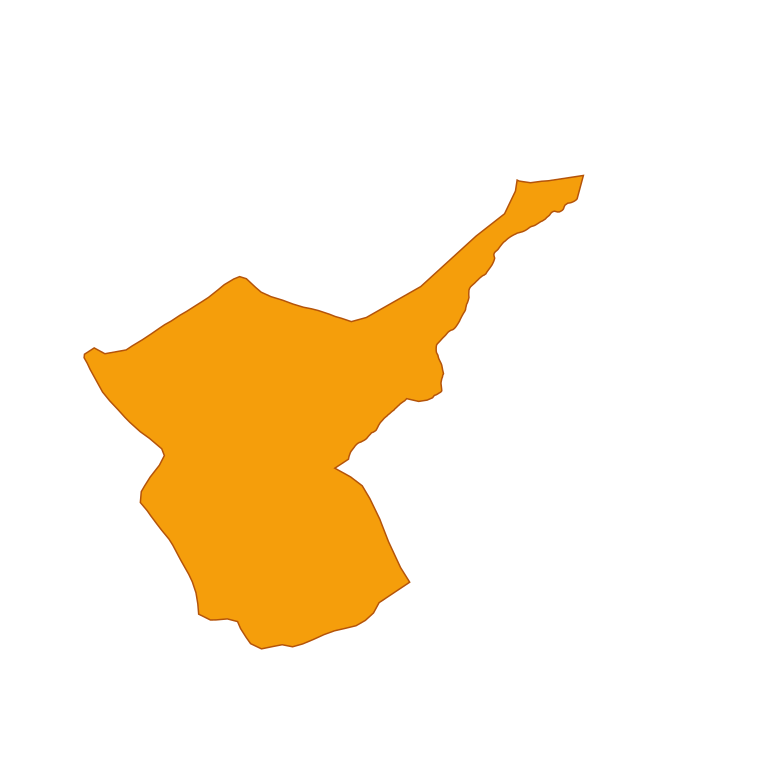 outline of Dhibain, Amran, Yemen, rotated 327°
{"feature_id": "15242507B1655282160159", "entity_name": "Dhibain", "entity_type": "district", "adm_level": 2, "iso_a3": "YEM", "parent_name": "Yemen", "parent_adm1": "Amran", "projection": "orthographic", "projection_center": [44.211, 16.011], "detail": "fine", "context": "isolated", "style": "filled", "palette": "amber", "viewbox_px": 768, "rotation_deg": 327, "n_neighbors": 0, "source": "geoboundaries", "source_scale": "gbopen_adm2", "svg_char_len": 4059}
<svg xmlns="http://www.w3.org/2000/svg" viewBox="0 0 768 768"><g transform="rotate(327 384 384)"><path d="M606.7,285.5L599.3,293.8L577.8,306.9L541.7,310.1L467.9,322.3L405.4,318.6L390.6,313.9L384.1,305.7L379.9,300.9L376.2,295.7L369.0,286.7L364.1,281.4L358.3,275.8L351.3,267.5L344.7,258.6L336.8,249.2L331.0,240.1L328.9,232.9L325.9,220.7L321.4,215.3L315.2,214.1L304.1,213.7L301.3,214.0L296.4,214.6L283.9,215.8L276.4,215.8L269.3,215.7L258.1,215.6L250.4,215.2L239.8,215.3L232.5,214.8L226.4,214.9L216.1,215.2L205.5,215.3L193.4,214.9L186.3,215.0L166.4,206.6L160.6,195.9L149.0,195.9L146.8,198.6L146.4,205.1L145.5,211.5L143.6,237.4L144.8,248.7L146.9,260.3L148.6,271.0L150.0,277.8L153.6,291.3L157.6,301.6L157.8,302.2L162.3,317.3L160.8,324.4L151.4,329.8L144.4,332.2L137.2,334.7L127.3,339.3L121.8,342.1L115.1,350.7L116.4,361.3L116.6,367.4L117.3,378.0L117.9,385.5L119.2,397.1L119.1,404.2L118.0,416.4L117.5,422.4L116.6,437.3L115.5,445.5L112.6,456.7L108.1,467.0L103.2,476.1L109.9,487.4L114.9,490.5L124.7,495.7L131.8,503.5L130.5,511.0L130.4,521.4L130.7,529.1L131.0,529.6L137.0,539.4L147.2,543.4L156.6,547.2L164.2,554.6L174.2,557.7L185.2,559.7L189.7,560.4L197.2,561.5L208.0,564.0L212.9,565.8L217.8,567.6L228.9,571.5L239.6,572.1L250.5,570.3L260.8,564.7L297.6,564.2L297.9,547.0L301.9,518.7L306.2,498.0L306.8,495.4L309.7,472.5L310.3,457.5L306.4,446.6L305.5,444.0L297.9,429.7L296.9,427.8L299.9,427.8L313.3,427.7L314.0,426.9L315.2,425.7L316.6,424.6L317.9,423.6L319.3,422.7L321.2,422.0L322.9,421.4L324.6,420.8L326.1,420.2L327.7,419.8L329.5,419.5L331.4,419.6L333.1,420.1L334.8,420.2L336.6,420.4L338.6,420.4L340.2,420.1L341.9,419.5L343.7,419.0L345.4,418.6L347.0,418.1L348.6,418.5L350.4,418.6L352.1,418.5L353.8,417.6L355.4,416.7L356.8,415.8L358.3,415.1L359.8,414.4L361.7,413.9L363.6,413.4L365.2,412.9L367.1,412.6L369.2,412.4L370.8,412.0L372.5,411.9L374.2,411.6L376.3,411.3L378.0,411.3L379.9,410.7L381.6,410.5L383.4,410.1L385.0,409.9L386.7,409.5L386.8,409.5L388.4,409.4L390.2,409.3L392.3,409.3L394.0,408.9L395.0,408.6L403.6,417.5L411.4,421.0L417.2,422.0L420.0,421.0L420.4,421.1L422.0,421.5L423.7,421.6L425.4,421.6L427.1,421.7L428.7,421.2L429.5,419.8L430.4,418.0L431.3,416.2L432.0,414.7L433.0,413.4L434.1,412.3L435.4,411.0L436.8,410.0L438.1,408.6L439.5,407.8L440.2,405.9L440.8,404.2L441.5,402.6L442.1,401.1L442.7,399.6L443.1,397.8L443.3,396.1L443.5,394.3L443.8,392.4L444.3,390.7L444.9,389.2L445.0,387.5L445.2,386.0L446.1,384.2L447.1,382.6L448.3,381.0L449.6,379.7L451.3,379.2L453.4,378.7L455.0,378.3L456.8,377.8L458.8,377.3L460.4,377.0L462.2,376.6L464.4,375.9L466.2,375.4L467.9,375.3L469.6,375.4L471.2,375.9L473.1,375.8L474.7,375.4L476.3,374.8L478.2,374.0L480.1,373.1L481.7,372.3L483.0,371.4L484.9,370.3L486.3,369.5L488.0,368.6L489.6,367.8L491.2,367.1L492.8,366.1L494.0,364.7L495.5,363.3L496.7,362.1L498.2,361.3L499.7,360.1L501.0,359.0L502.4,357.7L503.3,356.0L504.3,354.4L505.4,352.9L506.4,351.5L508.0,350.3L509.6,349.6L511.9,349.2L513.9,348.9L515.7,348.6L517.3,348.2L519.6,347.8L521.8,347.3L523.6,347.1L523.8,347.1L525.7,346.9L527.4,347.2L528.4,347.1L529.4,347.1L530.9,346.3L532.9,345.5L535.3,344.6L536.9,344.0L538.3,343.4L539.3,343.0L540.9,342.1L542.8,340.9L544.2,339.8L545.4,338.7L545.9,336.9L546.5,335.4L547.7,334.3L549.4,333.7L551.3,333.5L552.9,333.2L554.7,332.5L556.2,331.9L557.7,331.4L559.8,330.7L561.7,330.2L563.5,330.1L565.2,329.8L567.1,329.5L569.4,329.4L571.1,329.4L572.8,329.5L574.4,329.6L576.1,329.9L577.9,330.0L579.6,330.6L581.2,331.1L583.1,331.7L584.8,332.0L586.6,332.2L588.4,332.2L590.1,332.1L591.5,332.0L592.0,332.0L593.6,332.2L595.1,332.7L596.8,333.1L598.5,333.2L600.4,333.2L602.1,333.2L603.9,333.2L605.6,333.5L607.4,333.5L609.3,333.5L611.0,333.0L612.9,332.8L614.6,332.6L616.1,332.0L617.8,331.4L619.5,331.4L621.1,331.9L622.2,333.1L623.3,334.3L624.9,335.2L626.6,335.4L628.3,335.4L629.9,334.9L631.4,333.7L633.1,332.6L634.8,332.5L635.6,332.5L636.5,332.4L638.0,333.1L639.5,333.7L641.4,334.1L643.0,334.3L645.1,334.3L646.8,333.9L664.8,317.7L632.2,302.9L626.6,299.8L616.5,295.0L610.9,290.1L607.8,287.3L606.7,285.5Z" fill="#f59e0b" stroke="#b45309" stroke-width="1.5"/></g></svg>